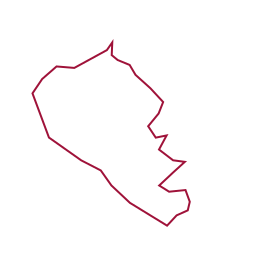 Angor, Surkhandarya, Uzbekistan (Mercator projection), rotated 38°
{"feature_id": "79887680B78109356235747", "entity_name": "Angor", "entity_type": "district", "adm_level": 2, "iso_a3": "UZB", "parent_name": "Uzbekistan", "parent_adm1": "Surkhandarya", "projection": "mercator", "projection_center": [67.302, 37.452], "detail": "fine", "context": "isolated", "style": "outline", "palette": "rose", "viewbox_px": 256, "rotation_deg": 38, "n_neighbors": 0, "source": "geoboundaries", "source_scale": "gbopen_adm2", "svg_char_len": 542}
<svg xmlns="http://www.w3.org/2000/svg" viewBox="0 0 256 256"><g transform="rotate(38 128 128)"><path d="M218.9,180.9L220.1,166.9L225.8,156.1L222.1,148.1L211.5,141.5L199.6,152.9L188.0,154.1L190.8,136.1L193.6,119.7L183.4,125.7L165.7,125.9L163.0,110.1L155.8,118.5L142.8,114.2L143.2,97.7L139.7,85.9L121.2,82.9L101.2,81.5L90.5,77.3L78.0,80.8L70.3,80.6L62.9,70.2L63.4,79.6L48.7,113.7L33.8,123.5L30.2,142.2L31.4,159.5L71.6,184.2L111.0,182.3L132.7,178.2L150.3,183.5L175.6,185.8L218.9,180.9Z" fill="none" stroke="#9f1239" stroke-width="2"/></g></svg>